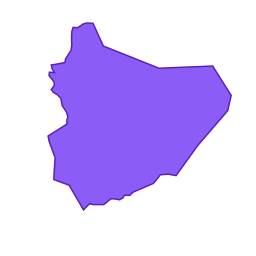 São João do Arraial, Piauí, Brazil (Natural Earth projection), rotated 286°
{"feature_id": "56859067B50480600243719", "entity_name": "São João do Arraial", "entity_type": "district", "adm_level": 2, "iso_a3": "BRA", "parent_name": "Brazil", "parent_adm1": "Piauí", "projection": "natural_earth1", "projection_center": [-42.455, -3.821], "detail": "fine", "context": "isolated", "style": "filled", "palette": "violet", "viewbox_px": 256, "rotation_deg": 286, "n_neighbors": 0, "source": "geoboundaries", "source_scale": "gbopen_adm2", "svg_char_len": 832}
<svg xmlns="http://www.w3.org/2000/svg" viewBox="0 0 256 256"><g transform="rotate(286 128 128)"><path d="M187.8,218.2L210.9,192.3L205.1,174.8L194.0,141.3L197.5,106.5L200.0,81.7L219.0,65.5L217.5,59.1L215.6,56.2L210.5,51.9L209.6,47.5L205.2,47.4L199.1,48.9L192.2,51.1L187.0,51.8L177.0,48.9L173.6,49.4L169.3,40.9L167.5,36.9L163.9,38.8L161.0,42.0L160.0,37.1L156.6,37.6L152.0,44.2L148.6,45.4L143.9,43.6L141.7,46.4L140.3,51.4L137.9,55.3L131.4,58.6L126.2,64.6L121.9,67.2L118.6,67.0L115.1,68.3L98.3,53.4L93.5,55.8L79.4,66.1L63.8,69.5L58.0,70.9L56.8,87.0L52.4,91.8L37.0,107.8L44.6,111.9L44.8,115.8L47.7,125.9L55.2,131.0L56.1,134.4L56.7,139.7L59.2,142.2L62.5,143.3L63.7,148.3L67.7,150.5L81.5,167.4L84.5,169.0L91.9,171.9L94.7,179.3L95.5,187.3L130.3,199.8L172.3,219.1L187.8,218.2Z" fill="#8b5cf6" stroke="#5b21b6" stroke-width="1.5"/></g></svg>